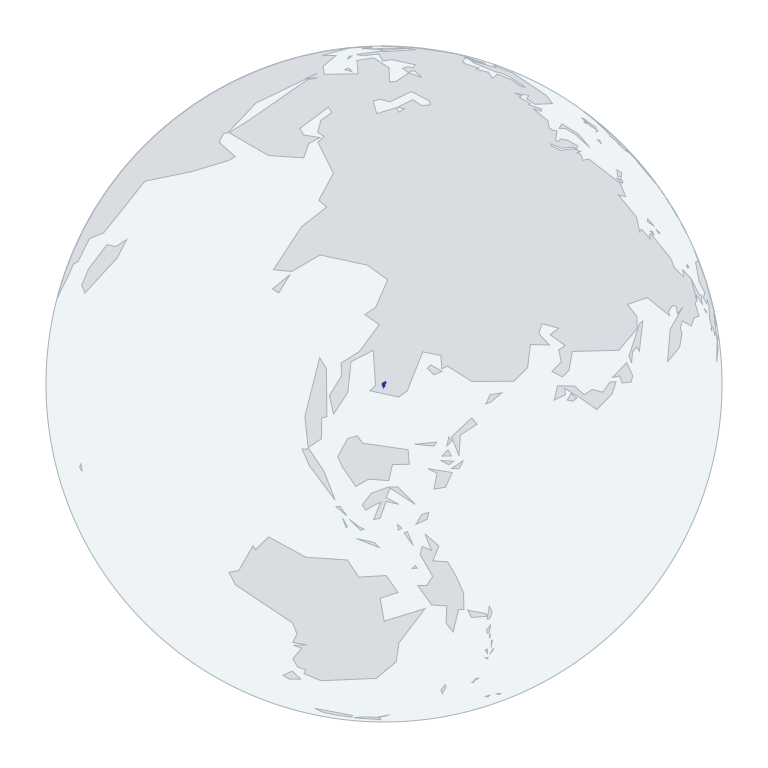 globe centered on Svay Rieng, rotated 50°
{"feature_id": "KHM-1801", "entity_name": "Svay Rieng", "entity_type": "Province", "adm_level": 1, "iso_a3": "KHM", "parent_name": "Cambodia", "parent_adm1": "", "projection": "orthographic", "projection_center": [105.82, 11.175], "detail": "fine", "context": "on_globe", "style": "filled", "palette": "blue", "viewbox_px": 768, "rotation_deg": 50, "n_neighbors": 0, "source": "natural_earth", "source_scale": "10m", "svg_char_len": 9966}
<svg xmlns="http://www.w3.org/2000/svg" viewBox="0 0 768 768"><g transform="rotate(50 384 384)"><circle cx="384" cy="384" r="338" fill="#eef3f6" stroke="#a8b0b8"/><path d="M696.4,492.9L695.9,495.2L695.6,495.6L696.4,492.9ZM540.7,84.6L541.2,85.0L553.2,92.1L541.8,85.9L572.0,105.5L580.7,114.8L564.1,100.2L557.1,95.9L559.6,99.5L552.9,96.0L550.3,96.1L542.2,91.9L533.1,84.9L527.7,82.4L529.7,85.3L522.9,83.8L520.7,79.7L508.5,76.9L491.1,67.1L491.7,63.8L481.5,60.5L511.7,71.1L540.7,84.6ZM696.4,255.2L696.3,254.8L696.0,254.2L696.4,255.2ZM563.3,98.7L561.1,96.8L565.5,100.0L563.3,98.7ZM551.4,96.9L554.1,98.8L551.6,98.1L551.4,96.9ZM536.9,91.5L532.0,90.4L535.4,90.2L536.9,91.5ZM528.1,89.0L516.5,87.5L521.5,91.1L500.7,81.0L517.5,85.0L520.9,83.9L523.0,86.4L528.1,89.0ZM491.1,76.1L486.9,75.1L489.6,74.9L491.1,76.1ZM462.8,55.4L456.5,54.0L454.8,53.6L451.6,52.9L462.8,55.4ZM441.2,50.9L443.4,51.3L436.1,50.2L434.2,49.8L441.2,50.9ZM431.2,49.4L428.7,49.1L431.2,49.4ZM432.4,49.8L444.5,51.7L444.9,51.8L432.4,49.8ZM425.0,48.7L429.2,49.2L429.5,49.3L425.0,48.7ZM411.9,47.2L411.0,47.2L408.7,47.0L411.7,47.2L411.9,47.2ZM417.2,47.8L416.6,47.9L414.5,47.5L419.1,48.0L417.2,47.8ZM424.6,48.7L426.1,48.9L422.8,48.5L424.6,48.7ZM403.9,46.7L406.1,47.0L400.1,46.9L396.6,46.3L402.7,46.6L403.9,46.7ZM117.2,176.6L117.0,177.2L114.7,180.6L104.4,194.5L92.6,220.1L101.5,209.7L101.5,226.6L108.4,230.7L129.8,204.4L118.7,196.8L127.4,182.4L144.8,176.9L156.1,185.5L159.9,180.3L161.7,165.0L173.4,158.1L163.3,159.3L160.7,165.3L154.3,166.7L156.4,161.4L160.4,158.8L159.6,154.8L140.5,169.6L135.7,177.4L127.9,175.7L119.2,188.9L113.9,193.3L126.6,172.9L132.3,166.6L148.4,144.5L141.7,150.7L126.1,172.5L126.9,169.9L117.7,180.2L125.3,170.3L144.2,146.5L143.4,146.7L176.0,117.7L184.9,111.3L184.9,112.2L202.0,101.1L204.3,100.5L193.6,106.9L186.1,112.5L187.9,116.9L192.0,115.4L202.9,108.2L202.0,111.0L212.4,103.7L219.7,104.3L219.5,97.9L232.3,91.1L243.8,87.9L248.0,84.9L229.4,90.3L222.0,93.8L215.7,98.4L195.5,108.9L192.2,109.4L213.1,95.3L210.6,95.1L228.0,85.6L267.6,74.2L277.5,74.7L266.8,88.5L257.1,91.4L256.1,87.4L245.1,96.9L251.7,93.2L251.0,96.1L263.1,91.6L263.1,93.5L274.6,86.5L276.0,88.4L268.7,92.8L287.8,89.3L294.2,92.9L298.5,91.3L301.3,88.7L307.6,95.9L310.5,94.5L309.5,91.5L314.7,87.0L326.2,82.4L327.8,85.1L323.8,87.1L317.8,96.2L307.1,102.1L308.9,102.8L318.6,98.4L325.9,87.2L332.4,83.8L330.3,88.7L331.6,86.6L335.3,85.8L340.4,87.9L343.3,82.6L382.2,74.0L395.9,78.4L389.8,82.9L418.5,83.3L431.8,90.4L430.9,87.3L444.1,86.9L440.1,84.5L440.7,83.1L472.7,83.7L481.4,86.8L494.1,85.7L493.7,84.4L487.9,81.8L500.7,81.0L521.5,91.1L521.5,93.4L534.5,99.2L532.6,104.0L537.1,111.4L527.4,114.8L531.8,121.3L536.4,123.0L545.8,133.8L549.2,152.3L526.1,129.7L517.0,105.5L518.9,114.1L512.4,110.3L509.4,112.6L511.3,119.5L515.2,121.3L487.1,126.8L479.5,146.3L494.8,146.9L504.3,154.5L509.1,182.5L480.1,218.8L492.5,233.5L493.3,242.7L482.4,247.3L481.0,233.9L470.1,228.2L471.0,220.5L453.1,225.0L453.6,214.3L439.4,224.1L444.8,233.1L460.4,232.2L447.9,246.5L463.7,263.4L465.4,282.7L438.5,315.1L411.2,323.8L409.5,330.0L398.8,322.1L384.3,333.6L404.2,370.6L403.5,381.0L380.1,399.2L379.7,391.4L351.2,370.5L345.7,395.0L367.2,417.2L374.6,442.0L357.9,433.3L350.5,411.4L340.4,403.4L343.3,381.9L335.4,349.4L318.5,354.1L320.0,341.3L306.5,314.2L282.4,320.2L244.1,350.0L238.5,382.3L225.4,395.2L210.5,345.9L211.7,314.3L201.3,315.8L190.1,287.3L156.3,279.2L155.9,270.7L148.6,273.0L141.4,262.8L142.6,249.4L136.2,248.6L134.2,284.2L141.6,285.5L154.0,274.7L151.5,287.1L159.1,300.2L134.8,325.6L92.0,341.1L95.3,316.6L101.7,246.7L105.7,240.2L106.1,239.4L106.6,238.0L99.5,248.2L103.1,235.2L91.6,281.6L86.4,301.1L91.2,342.4L88.9,345.6L92.8,354.9L114.2,351.9L112.7,359.9L98.0,394.1L74.9,436.9L82.3,472.8L88.0,501.8L83.3,516.2L93.5,539.6L92.5,544.9L98.9,557.7L103.7,569.2L107.9,578.5L106.5,576.9L93.6,556.9L82.2,536.0L72.2,514.4L63.8,492.1L57.0,469.3L51.8,446.0L48.3,422.5L46.4,398.8L46.2,375.0L47.7,351.2L50.8,327.6L55.6,304.3L62.0,281.4L70.1,259.0L79.6,237.2L90.7,216.1L103.3,195.9L117.2,176.6ZM160.4,210.4L172.2,215.8L180.2,196.9L185.4,197.8L186.2,191.5L180.7,195.6L184.7,179.1L194.6,176.4L200.0,169.2L196.3,167.2L177.5,175.1L171.7,198.1L163.3,204.0L160.4,210.4ZM217.5,89.9L217.3,90.0L217.5,89.9ZM212.3,93.0L212.0,93.1L210.8,93.8L212.3,93.0ZM192.2,105.8L185.6,110.5L179.9,114.7L192.2,105.8ZM378.6,46.1L374.8,46.2L377.8,46.2L372.8,46.9L359.7,47.7L364.0,47.8L360.4,48.9L349.7,50.2L353.1,49.0L338.8,51.6L337.3,50.8L335.7,51.2L330.4,51.4L321.1,52.7L322.0,52.3L318.0,53.0L314.4,53.6L309.3,54.6L309.0,54.5L303.3,55.9L328.1,50.7L353.3,47.5L378.6,46.1ZM399.6,46.4L395.8,46.3L396.6,46.5L391.5,46.3L398.3,47.0L383.1,47.1L374.7,47.0L387.0,46.1L386.0,46.1L399.6,46.4ZM118.6,176.4L118.0,177.9L118.6,178.6L112.8,185.6L118.6,176.4ZM131.1,160.1L131.5,159.9L123.6,169.1L124.2,168.1L131.1,160.1ZM138.5,152.5L132.1,159.2L135.9,154.9L138.5,152.5ZM194.7,106.7L195.9,106.6L193.4,108.4L189.6,110.6L194.7,106.7ZM306.9,61.6L310.2,60.0L312.2,59.8L323.6,56.8L325.6,57.7L319.6,59.9L306.9,61.6ZM124.1,207.8L118.1,211.8L118.8,208.5L120.7,207.7L124.1,207.8ZM112.2,197.8L111.7,203.5L110.6,199.7L112.2,197.8ZM311.0,62.1L315.5,60.6L313.8,62.0L311.0,62.1ZM327.7,58.3L326.8,59.7L327.2,57.5L327.7,58.3ZM249.9,667.4L257.0,671.3L252.4,670.9L249.9,667.4ZM115.8,507.0L122.1,554.6L114.1,552.1L106.0,536.5L99.2,506.7L106.3,501.0L108.0,488.4L115.8,507.0ZM459.8,501.9L469.9,503.7L469.5,505.2L459.8,501.9ZM449.3,496.3L460.9,497.2L447.2,499.6L449.3,496.3ZM465.4,497.5L477.2,495.0L482.3,492.7L481.3,495.8L465.4,497.5ZM441.4,496.1L398.4,493.6L381.3,488.6L385.4,483.2L412.9,486.2L441.4,496.1ZM384.0,483.0L358.0,465.4L322.5,416.4L335.2,418.2L372.3,448.8L370.0,453.5L385.7,467.1L384.0,483.0ZM447.0,456.9L444.4,471.5L420.7,469.1L409.9,466.2L402.5,447.0L406.6,437.7L415.5,438.5L449.8,407.8L461.7,416.2L451.2,429.4L461.0,442.5L447.0,456.9ZM239.8,385.6L246.5,405.9L239.5,408.3L239.8,385.6ZM463.6,385.8L449.8,399.3L462.4,381.0L463.6,385.8ZM471.1,368.4L471.9,375.6L466.3,368.5L471.1,368.4ZM409.2,339.7L399.9,340.8L399.6,335.8L411.5,331.5L409.2,339.7ZM466.5,299.4L466.5,313.8L464.7,318.7L460.4,309.7L466.5,299.4ZM334.9,74.4L316.8,76.8L305.1,80.7L300.7,85.5L299.2,80.5L317.2,74.5L334.9,74.4ZM376.1,73.4L379.9,70.3L383.5,71.7L383.1,72.6L376.1,73.4ZM374.8,71.5L369.7,67.8L375.2,66.2L378.1,69.3L374.8,71.5ZM339.7,63.0L334.2,63.5L335.7,62.1L339.7,63.0ZM617.6,621.2L618.4,622.8L608.7,631.9L596.7,641.5L588.2,645.4L617.6,621.2ZM542.2,648.6L545.0,638.8L556.5,637.5L549.1,646.4L542.2,648.6ZM625.7,613.8L634.5,604.0L640.9,592.5L636.1,602.7L639.3,602.1L620.2,621.7L625.7,613.8ZM508.1,607.6L442.5,626.8L428.7,623.8L433.6,615.3L423.7,588.2L428.3,589.0L427.0,570.7L466.5,555.2L495.3,525.2L515.7,527.5L532.1,505.5L552.7,507.2L545.6,524.7L565.8,536.3L582.4,497.0L591.8,538.8L604.6,553.2L604.6,579.0L571.0,622.8L554.5,631.5L552.6,627.7L545.4,632.1L536.0,630.5L533.4,616.9L526.2,621.2L534.3,610.7L523.3,620.1L519.6,611.2L508.1,607.6ZM653.7,530.4L655.9,531.3L658.5,538.2L655.0,537.2L653.7,530.4ZM690.4,502.5L690.6,505.7L688.6,507.0L690.4,502.5ZM695.6,495.6L693.3,497.5L696.4,492.9L695.6,495.6ZM669.3,504.9L670.2,507.4L669.1,508.5L669.3,504.9ZM668.5,504.1L670.4,499.8L669.7,504.1L668.5,504.1ZM658.8,482.3L660.4,480.0L661.0,481.7L658.8,482.3ZM484.8,504.4L499.0,493.4L506.6,492.7L484.8,504.4ZM656.8,477.8L652.9,477.6L653.4,475.3L656.8,477.8ZM657.4,472.5L657.1,469.4L659.1,476.7L657.4,472.5ZM650.0,465.7L654.7,471.2L649.5,466.5L650.0,465.7ZM647.1,466.6L643.6,464.3L643.8,463.3L647.1,466.6ZM604.8,471.8L618.4,490.5L607.0,490.1L594.4,478.5L583.8,489.5L560.1,487.6L565.8,480.8L562.8,470.4L537.9,465.9L532.9,459.0L541.9,454.7L525.2,448.9L543.5,446.2L550.8,460.3L561.1,449.6L578.5,452.5L595.1,457.3L608.1,467.7L604.8,471.8ZM543.2,476.8L546.4,476.9L543.5,481.0L543.2,476.8ZM636.8,456.7L641.9,463.4L641.3,465.1L638.7,464.1L636.8,456.7ZM611.1,465.2L625.3,453.7L628.5,453.9L619.1,467.0L611.1,465.2ZM622.0,446.2L628.4,447.8L631.7,454.3L630.3,456.1L622.0,446.2ZM505.9,463.1L505.1,466.9L500.3,463.8L505.9,463.1ZM512.2,461.0L526.6,465.5L510.8,464.2L512.2,461.0ZM467.8,446.1L472.1,455.4L485.7,450.0L475.3,458.0L484.4,473.4L481.2,478.9L472.2,462.3L468.8,479.0L462.8,478.5L459.6,464.0L465.8,446.7L471.8,439.6L496.3,437.5L467.8,446.1ZM512.1,449.8L508.3,439.0L511.1,432.1L515.3,437.8L512.1,449.8ZM496.7,413.2L486.3,400.6L477.0,404.9L495.7,388.6L502.6,403.3L496.7,413.2ZM487.6,386.1L478.9,389.9L487.8,380.4L487.6,386.1ZM476.6,385.8L475.5,377.3L482.4,378.7L476.6,385.8ZM492.2,386.6L493.6,372.3L497.2,380.9L492.2,386.6ZM472.2,358.4L487.3,372.8L467.9,366.1L466.4,338.8L474.6,338.5L472.2,358.4ZM514.0,253.9L511.5,246.6L518.8,245.4L518.4,250.7L514.0,253.9ZM540.3,237.4L520.0,242.8L503.3,248.4L508.8,251.9L505.8,264.0L497.0,252.2L508.1,239.4L520.9,237.6L522.1,227.8L530.9,221.8L527.8,209.6L531.4,204.8L538.2,215.6L540.3,237.4ZM525.9,204.6L523.6,184.4L537.6,188.2L541.3,193.5L536.4,200.9L529.3,198.3L525.9,204.6ZM527.1,180.9L520.2,178.5L502.3,149.9L502.0,145.1L523.1,167.4L517.7,166.6L519.6,173.4L527.1,180.9ZM488.6,76.6L487.1,75.2L490.7,76.7L488.6,76.6ZM438.1,81.9L439.5,80.2L443.8,81.6L438.1,81.9ZM445.7,76.7L439.9,76.3L445.4,75.6L445.7,76.7ZM427.1,75.9L437.3,75.6L428.5,77.7L427.1,75.9Z" fill="#d9dde1" stroke="#a8b0b8" stroke-width="1"/><path d="M383.8,381.6L384.0,381.7L384.1,381.8L384.2,382.0L384.3,382.4L384.3,382.5L384.2,382.8L384.1,383.2L384.1,383.3L384.3,383.4L384.4,383.5L384.5,383.7L384.6,383.8L384.9,383.9L385.0,384.0L385.2,384.3L385.4,384.5L385.5,384.6L385.8,384.5L386.0,384.7L386.1,385.1L385.9,385.2L385.8,385.3L385.8,385.5L385.7,385.5L385.8,385.6L385.9,385.8L386.1,386.4L385.9,386.3L385.5,386.2L385.3,386.2L385.1,386.1L384.9,385.9L384.6,385.6L384.6,385.9L384.5,386.0L384.3,386.0L384.2,386.0L384.2,385.9L384.1,385.6L383.8,385.2L383.7,385.1L383.6,384.9L383.3,385.0L383.2,385.1L382.9,385.2L382.7,385.0L382.7,384.9L382.7,384.7L382.8,384.6L382.9,384.4L382.8,384.1L382.8,383.9L382.9,383.7L383.0,383.5L383.1,383.4L383.0,383.1L383.0,382.6L383.1,382.4L383.2,382.0L383.3,381.8L383.3,381.7L383.5,381.7L383.8,381.6L383.8,381.6Z" fill="#3b82f6" stroke="#1e3a8a" stroke-width="1.5"/></g></svg>